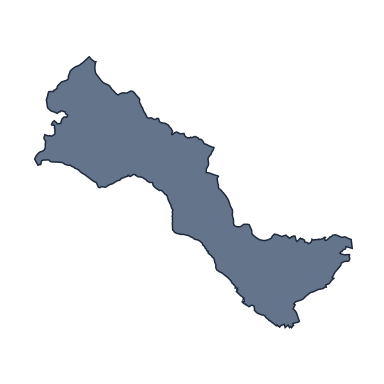 outline of Tarcaia, Bihor, Romania, rotated 83°
{"feature_id": "2599482B54145766653742", "entity_name": "Tarcaia", "entity_type": "district", "adm_level": 2, "iso_a3": "ROU", "parent_name": "Romania", "parent_adm1": "Bihor", "projection": "orthographic", "projection_center": [22.29, 46.58], "detail": "fine", "context": "isolated", "style": "filled", "palette": "slate", "viewbox_px": 384, "rotation_deg": 83, "n_neighbors": 0, "source": "geoboundaries", "source_scale": "gbopen_adm2", "svg_char_len": 6019}
<svg xmlns="http://www.w3.org/2000/svg" viewBox="0 0 384 384"><g transform="rotate(83 192 192)"><path d="M146.7,341.2L146.0,339.8L146.4,338.9L146.2,338.7L144.3,338.2L142.5,337.2L142.2,335.2L142.5,332.9L142.5,331.2L142.9,330.2L144.3,329.0L145.0,327.8L146.0,321.5L146.9,317.4L147.1,316.8L149.0,314.8L149.6,313.6L150.5,311.3L150.7,309.3L151.8,308.4L153.1,306.1L154.1,305.4L155.3,303.1L156.8,301.4L158.2,300.5L159.7,299.0L161.9,296.1L169.0,288.8L171.2,285.7L175.5,284.5L176.0,284.1L176.3,283.4L176.4,282.6L175.8,281.5L175.7,280.8L176.7,277.6L176.6,276.9L174.6,272.9L174.2,270.1L172.1,265.6L171.6,263.8L171.6,262.4L169.7,260.1L169.6,258.0L169.0,256.9L168.6,254.1L167.6,253.3L168.8,252.2L169.0,251.1L167.3,247.7L168.1,245.9L168.6,245.9L170.1,243.9L170.4,243.4L170.6,241.8L171.8,239.0L173.2,237.5L174.0,236.2L175.6,235.3L176.7,233.9L177.5,232.5L177.5,231.4L177.9,230.1L178.1,229.9L180.8,229.8L183.3,227.9L186.6,224.1L186.6,222.5L187.2,221.6L189.6,219.8L191.1,219.0L191.8,217.7L192.3,217.3L197.2,216.4L200.9,215.2L202.2,214.6L203.5,214.6L206.0,214.0L207.5,213.1L209.1,213.9L212.0,214.0L213.8,214.7L215.5,214.3L216.7,214.9L218.1,214.7L220.5,215.3L226.8,215.8L227.5,215.7L228.4,214.9L229.9,214.2L231.3,212.0L231.7,210.6L232.7,208.7L233.0,205.7L235.0,200.4L236.0,199.3L237.6,196.6L239.3,195.1L240.2,192.2L241.3,190.6L243.9,188.2L244.3,187.9L245.7,187.9L247.6,186.1L249.3,185.8L250.5,184.8L252.4,184.3L253.0,183.0L254.5,183.5L257.7,180.5L259.1,179.8L260.4,178.3L264.2,178.0L266.9,177.2L269.9,177.6L272.2,177.0L274.2,174.9L275.9,172.2L281.5,166.7L285.0,164.1L286.8,163.6L291.0,160.4L292.5,160.9L293.0,158.6L294.4,159.5L294.9,158.6L296.2,160.1L300.5,156.6L303.7,153.3L304.5,154.3L305.5,153.3L307.1,153.5L307.6,154.4L306.5,155.2L307.1,155.6L308.5,154.6L310.4,152.4L310.2,152.2L312.7,149.6L312.7,148.8L311.6,146.9L311.8,145.9L312.9,144.4L315.8,144.2L316.9,144.5L318.8,143.2L320.3,141.8L322.6,137.5L323.0,135.8L324.1,134.6L325.4,134.1L328.6,131.2L328.9,131.2L329.1,131.0L329.0,130.8L329.5,130.1L335.0,124.7L335.2,124.3L334.4,123.7L336.8,121.5L335.4,120.0L334.6,116.5L337.9,116.1L335.8,112.8L338.6,111.7L337.5,110.1L338.7,109.6L337.7,108.8L336.7,107.4L335.6,108.0L334.8,107.9L334.3,104.5L334.3,103.2L333.5,101.2L324.4,103.1L322.2,104.3L320.3,105.8L316.5,103.4L315.4,104.6L313.8,102.8L313.4,102.0L312.9,99.0L312.4,96.6L311.7,94.7L309.4,91.8L306.9,87.8L306.2,86.3L305.8,83.5L304.2,78.8L303.8,73.5L302.6,71.7L302.8,70.3L300.4,70.5L300.0,67.9L299.5,66.9L296.9,64.4L295.7,62.9L295.5,62.3L295.0,61.7L294.1,63.4L289.1,59.9L283.5,53.7L280.9,52.4L280.2,51.3L279.5,48.7L279.8,45.5L279.4,44.6L277.7,43.6L276.7,43.5L275.0,43.9L274.6,43.8L274.0,43.3L273.3,43.3L272.9,46.9L273.2,47.6L271.6,51.7L270.9,52.7L269.5,51.6L269.5,50.6L267.8,49.0L267.5,48.0L267.3,46.7L265.0,45.8L267.5,39.8L258.5,39.8L257.7,41.5L255.1,45.7L255.3,48.9L252.5,53.6L251.9,55.0L252.0,57.5L253.4,59.4L253.5,60.7L254.6,61.7L256.3,64.4L256.2,65.9L254.2,66.0L253.3,65.1L253.0,65.7L254.5,68.5L254.7,71.7L254.2,71.9L254.5,72.7L254.3,76.5L254.7,77.0L253.5,78.7L254.3,78.9L256.4,80.0L257.4,82.1L257.4,82.9L256.4,83.4L255.4,86.3L253.6,86.1L251.7,88.4L252.1,89.0L251.0,90.1L253.4,93.0L253.9,93.9L252.1,94.7L248.4,95.1L248.0,96.7L248.7,97.5L248.4,97.9L248.5,98.7L249.7,100.0L249.5,100.4L249.7,100.6L249.2,101.5L248.3,102.2L248.4,102.4L246.4,103.8L246.4,105.1L247.2,108.3L244.5,113.0L244.1,114.9L243.8,115.3L245.5,117.6L247.2,118.7L247.8,119.5L248.8,122.9L249.1,126.2L247.6,130.8L245.2,133.7L242.0,136.8L240.9,137.4L239.9,137.6L237.4,137.4L231.4,139.2L230.7,141.3L230.4,144.7L230.5,145.0L231.6,146.5L232.2,148.0L232.3,149.2L232.0,151.5L231.1,153.3L230.3,154.1L228.8,154.6L224.3,154.2L221.2,154.7L219.3,154.8L217.0,154.2L214.6,154.1L211.0,155.5L204.7,156.8L203.1,157.4L199.1,159.4L193.6,163.1L192.0,164.7L191.0,165.3L188.7,164.9L186.6,165.3L181.9,165.5L180.3,164.5L179.8,163.9L179.3,164.1L178.9,164.7L178.3,166.6L175.6,171.7L175.0,173.2L174.5,175.5L171.0,175.0L167.3,172.4L165.7,172.1L160.8,172.1L158.5,170.5L157.1,168.7L154.4,167.2L153.2,166.0L150.7,164.8L150.4,164.9L149.9,166.5L148.2,169.5L146.4,172.0L145.8,173.7L145.2,174.2L143.0,174.9L141.1,176.3L140.7,176.9L140.8,178.0L140.7,178.4L138.7,179.7L138.2,180.8L137.3,181.8L137.4,183.2L138.0,185.4L137.8,186.3L137.4,186.7L137.9,187.8L137.6,190.0L136.3,191.6L135.2,192.4L133.0,192.8L132.8,193.7L133.0,195.2L132.8,196.6L130.6,199.8L130.8,201.3L131.1,202.1L132.7,204.4L132.7,204.8L132.4,205.1L131.9,205.1L131.3,204.9L130.2,204.1L129.0,204.0L126.3,205.1L124.4,206.6L122.7,207.3L120.4,210.4L120.2,212.0L119.7,213.6L118.7,215.2L118.2,215.7L115.1,216.3L114.8,216.7L114.8,218.2L115.5,219.2L115.5,219.9L115.2,220.9L113.4,223.3L113.4,226.3L112.6,227.5L108.7,228.7L106.3,230.0L102.1,231.0L100.2,232.1L98.8,232.2L97.6,232.9L95.5,233.2L94.0,232.7L92.9,232.9L88.0,236.3L86.8,236.8L85.2,238.3L84.4,239.5L84.4,240.7L85.7,244.1L85.9,245.6L85.7,246.3L85.3,247.0L85.2,249.9L85.7,251.0L85.8,251.9L86.7,253.5L85.7,254.9L81.6,257.9L80.5,258.9L76.9,260.7L75.7,261.9L72.8,266.7L69.6,269.0L64.3,272.1L62.2,273.2L58.3,273.4L55.3,273.0L53.1,272.5L51.0,271.5L50.8,272.6L49.9,273.9L47.9,275.8L45.3,277.5L45.4,277.9L50.5,284.8L51.6,287.0L52.4,288.0L53.5,292.2L54.5,294.4L56.8,297.9L61.9,300.5L64.4,300.9L65.3,301.7L65.9,303.3L66.9,308.2L70.1,312.3L71.5,313.1L72.8,313.3L74.3,316.6L75.3,317.2L74.9,321.7L76.3,322.7L79.1,323.6L82.7,325.3L90.8,325.1L93.4,323.0L94.5,321.8L96.2,318.2L97.6,316.3L96.4,314.5L96.4,313.2L95.6,312.8L95.6,311.5L97.1,308.1L98.6,308.0L99.2,307.6L100.6,306.1L102.1,306.7L102.5,307.4L102.0,308.6L102.1,310.1L103.6,312.0L106.0,313.3L108.0,313.8L107.8,315.6L108.0,317.4L106.2,318.3L105.9,318.8L104.5,320.0L105.7,321.9L106.6,322.3L107.4,323.1L108.1,323.2L108.5,323.0L109.1,320.4L109.9,320.2L111.5,320.8L113.6,320.3L114.8,320.8L116.5,320.7L117.3,320.9L118.4,322.0L119.5,324.9L118.6,326.5L118.9,327.6L117.2,331.1L120.0,332.3L121.3,332.3L123.4,331.2L124.0,331.1L126.8,331.9L129.0,332.0L130.6,332.5L132.1,333.5L132.9,334.3L133.8,338.1L134.7,339.7L137.3,342.4L140.3,344.2L146.7,341.6L146.7,341.2Z" fill="#64748b" stroke="#1e293b" stroke-width="1.5"/></g></svg>